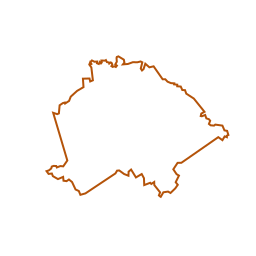 Lēdurgas pag., Krimuldas, Latvia, rotated 249°
{"feature_id": "27541924B26008576526358", "entity_name": "Lēdurgas pag.", "entity_type": "district", "adm_level": 2, "iso_a3": "LVA", "parent_name": "Latvia", "parent_adm1": "Krimuldas", "projection": "albers", "projection_center": [24.794, 57.324], "detail": "medium", "context": "isolated", "style": "outline", "palette": "amber", "viewbox_px": 256, "rotation_deg": 249, "n_neighbors": 0, "source": "geoboundaries", "source_scale": "gbopen_adm2", "svg_char_len": 1885}
<svg xmlns="http://www.w3.org/2000/svg" viewBox="0 0 256 256"><g transform="rotate(249 128 128)"><path d="M82.7,59.6L82.2,64.8L90.1,100.0L92.1,102.5L91.5,104.6L86.4,107.9L83.3,111.3L87.0,112.9L88.1,116.0L79.0,117.7L80.1,124.3L75.4,124.9L68.9,122.7L68.9,129.1L67.4,129.7L68.2,133.1L65.3,132.1L56.4,134.9L54.0,132.7L52.5,133.5L52.0,133.9L55.3,138.0L54.3,142.6L52.1,144.4L54.7,150.5L57.1,154.1L60.3,153.1L65.3,158.5L67.5,156.8L73.2,155.5L77.7,161.8L76.4,165.4L87.1,209.0L82.8,211.8L85.5,215.2L84.0,217.0L85.4,217.5L85.5,219.2L89.8,219.5L91.2,217.2L96.4,217.0L99.9,210.7L99.4,209.2L100.9,206.1L102.8,205.0L105.3,207.3L107.2,206.7L108.9,204.6L112.5,204.7L112.5,201.1L113.1,200.2L115.2,201.6L115.7,205.2L131.9,200.0L139.2,194.7L142.9,194.8L144.0,192.3L147.8,192.1L149.3,188.9L150.8,189.5L152.2,186.7L153.1,187.2L154.5,184.2L157.1,181.5L160.1,180.3L161.1,177.8L176.4,174.0L177.0,169.7L181.8,167.2L177.4,163.6L176.7,161.7L178.9,161.2L184.2,164.9L185.6,163.6L186.0,160.3L187.7,156.1L187.8,150.9L189.2,146.1L190.4,148.1L193.3,148.6L198.3,144.7L198.3,143.0L197.5,142.4L193.9,141.3L192.0,139.0L190.2,140.0L189.3,138.5L190.6,137.2L190.5,135.6L191.7,134.7L192.8,136.1L194.7,136.0L195.4,135.4L194.9,133.6L196.0,133.7L197.1,131.9L199.3,131.7L199.1,130.8L200.5,127.4L198.6,127.0L198.0,125.9L199.7,125.3L198.2,123.7L199.6,122.2L201.1,123.0L201.9,120.4L204.0,118.5L203.1,116.6L200.9,116.8L200.7,115.5L202.2,115.6L201.1,114.6L197.7,115.5L185.1,112.3L185.0,109.4L188.0,109.8L190.2,103.6L182.1,101.1L180.9,93.8L177.8,85.8L174.4,82.7L173.4,78.1L174.4,78.2L174.6,76.1L173.7,72.3L166.4,68.7L166.3,66.9L169.0,63.6L119.4,59.7L115.4,53.8L116.7,51.2L116.7,47.4L118.2,47.4L119.3,44.9L119.3,43.0L117.7,41.8L116.8,39.0L116.9,36.5L113.6,37.4L112.8,40.6L110.0,40.6L105.4,44.3L105.6,49.9L101.9,48.9L100.4,51.6L101.1,54.4L97.6,56.4L89.4,57.0L86.8,59.5L82.7,59.6Z" fill="none" stroke="#b45309" stroke-width="2"/></g></svg>